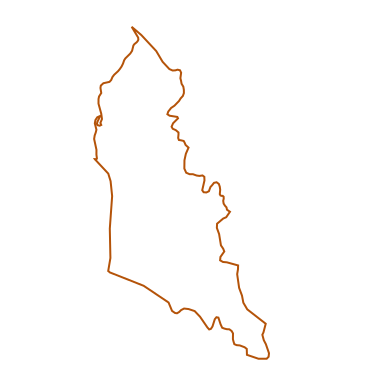 an SVG outline of Lahij, rotated 104°
{"feature_id": "YEM-157", "entity_name": "Lahij", "entity_type": "Governorate", "adm_level": 1, "iso_a3": "YEM", "parent_name": "Yemen", "parent_adm1": "", "projection": "orthographic", "projection_center": [44.466, 13.315], "detail": "fine", "context": "isolated", "style": "outline", "palette": "amber", "viewbox_px": 384, "rotation_deg": 104, "n_neighbors": 0, "source": "natural_earth", "source_scale": "10m", "svg_char_len": 2416}
<svg xmlns="http://www.w3.org/2000/svg" viewBox="0 0 384 384"><g transform="rotate(104 192 192)"><path d="M183.6,294.3L183.2,292.6L182.4,292.4L178.8,293.8L174.2,294.9L164.2,299.8L160.7,300.1L157.6,299.8L154.7,299.8L148.9,302.9L145.5,303.1L142.4,302.0L140.6,299.7L142.7,299.9L146.5,300.7L148.7,300.8L150.0,299.7L150.0,297.6L148.9,296.3L147.1,297.6L143.0,297.0L138.0,299.0L128.9,304.1L124.4,305.2L121.8,305.3L117.9,304.0L113.2,306.0L110.8,306.2L107.9,304.3L105.1,298.7L102.9,297.5L99.7,297.0L97.1,295.9L92.7,293.0L90.2,291.8L87.3,290.7L84.1,290.0L80.6,289.7L78.5,289.0L72.6,285.4L69.5,284.3L64.0,284.3L62.5,283.7L60.1,281.9L58.6,281.2L57.2,280.9L55.2,281.6L46.3,290.5L52.0,279.1L63.9,260.8L72.8,252.0L78.2,243.7L78.8,240.2L78.0,237.6L76.8,235.6L76.8,233.1L78.9,231.4L84.4,230.8L86.8,229.5L89.5,228.3L91.9,225.9L94.9,224.6L98.0,223.8L101.0,224.1L104.0,225.7L106.8,226.6L112.5,229.9L115.5,232.6L119.7,234.5L122.5,234.7L123.4,232.2L122.7,224.4L123.9,223.4L129.9,227.0L133.6,227.6L135.3,226.0L135.9,222.7L137.5,219.5L139.6,219.0L142.9,218.5L144.7,217.3L144.5,215.0L144.5,212.4L145.9,211.1L147.9,209.6L149.8,206.1L156.4,207.2L163.0,207.0L171.1,205.1L174.7,202.3L175.3,198.7L174.5,195.5L174.9,191.5L174.6,188.7L173.4,185.8L174.3,183.7L177.8,182.7L187.8,182.5L189.4,180.7L189.0,178.0L187.2,175.8L182.7,175.3L180.5,174.1L177.8,172.9L176.6,170.5L177.7,167.9L180.2,166.3L183.0,165.2L187.4,164.5L188.5,163.5L188.6,162.3L188.3,161.3L188.9,160.2L190.9,159.6L193.0,159.6L195.6,158.5L197.3,156.7L198.6,154.8L200.7,153.8L202.0,150.4L208.2,152.7L210.2,155.3L216.7,160.0L220.8,159.2L226.3,155.5L236.8,151.0L239.5,148.0L241.9,146.3L248.1,148.7L251.5,148.2L252.4,145.0L251.8,141.2L252.1,129.5L255.8,128.7L260.8,128.3L273.6,123.1L280.5,118.4L287.0,115.4L292.5,110.0L302.0,88.6L311.0,88.7L313.5,89.2L318.4,86.5L321.8,83.5L329.8,78.3L333.3,77.8L335.7,79.2L337.7,87.2L336.7,99.3L331.0,100.9L329.9,103.4L329.3,108.5L329.8,111.7L329.4,114.1L327.3,115.4L324.9,116.7L319.3,118.0L317.3,119.9L316.2,122.5L316.7,125.0L316.7,127.6L316.4,129.9L313.4,132.3L307.5,136.0L307.6,138.0L309.9,139.1L317.6,139.6L320.3,140.6L321.2,142.1L319.7,144.3L311.1,154.0L306.9,160.6L306.4,167.0L307.0,171.5L309.2,174.0L311.5,175.4L313.3,177.2L313.5,179.2L312.2,182.6L304.9,188.0L294.7,216.2L289.9,252.3L289.0,253.9L288.9,254.2L275.8,255.2L247.4,262.9L215.3,268.5L201.2,273.6L194.4,277.7L183.7,294.2L183.6,294.3Z" fill="none" stroke="#b45309" stroke-width="2"/></g></svg>